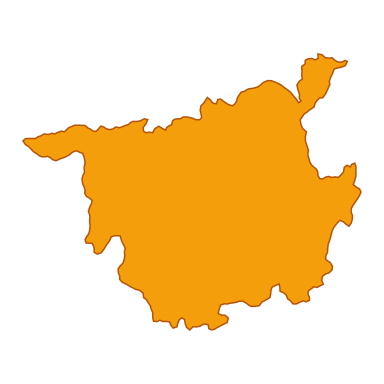 Poté, Minas Gerais, Brazil (Natural Earth projection)
{"feature_id": "56859067B81291889337924", "entity_name": "Poté", "entity_type": "district", "adm_level": 2, "iso_a3": "BRA", "parent_name": "Brazil", "parent_adm1": "Minas Gerais", "projection": "natural_earth1", "projection_center": [-41.769, -17.806], "detail": "fine", "context": "isolated", "style": "filled", "palette": "amber", "viewbox_px": 384, "rotation_deg": 0, "n_neighbors": 0, "source": "geoboundaries", "source_scale": "gbopen_adm2", "svg_char_len": 4544}
<svg xmlns="http://www.w3.org/2000/svg" viewBox="0 0 384 384"><path d="M189.8,330.0L193.0,326.7L196.2,326.9L199.9,326.3L202.4,324.7L205.3,323.9L208.2,324.9L208.8,328.6L211.3,329.9L214.1,329.4L217.3,327.5L220.8,325.7L223.5,324.3L227.1,322.6L228.3,318.1L224.9,315.2L221.7,315.2L218.2,313.5L219.2,308.9L220.8,304.9L224.4,303.8L227.4,304.0L230.4,303.2L233.4,302.8L236.4,302.3L239.6,301.1L242.9,301.2L246.6,303.4L249.1,305.4L251.5,306.4L254.8,306.4L259.2,305.7L261.9,302.0L266.1,299.9L269.9,297.6L270.7,294.0L270.9,290.6L272.0,287.3L275.3,285.5L279.1,284.0L279.9,287.6L280.0,291.2L283.8,292.9L286.3,295.1L287.6,298.9L290.6,300.8L292.9,303.9L296.4,303.9L299.9,302.2L303.3,300.8L305.8,301.8L309.5,300.3L309.4,297.3L307.9,294.1L308.5,290.7L311.2,288.9L313.6,286.8L317.2,287.4L319.9,285.9L323.3,284.4L321.7,280.3L322.5,276.3L325.5,274.0L329.1,272.8L332.1,269.8L332.5,266.4L330.2,262.5L327.4,260.8L325.5,258.9L326.0,255.4L327.5,252.4L327.7,248.6L328.2,243.9L329.6,240.7L330.4,237.8L331.2,234.6L332.1,231.0L333.6,227.9L335.7,224.9L337.7,222.6L339.8,220.2L343.5,221.9L346.3,224.4L349.0,226.3L351.2,223.1L352.2,219.7L352.5,215.8L351.1,211.9L351.4,208.3L353.3,204.8L356.2,200.7L358.4,197.4L359.7,195.0L361.0,192.1L359.6,189.0L356.7,187.4L353.2,184.6L354.7,180.6L355.8,176.5L356.0,173.0L355.8,169.8L356.0,166.7L354.8,163.1L351.7,164.5L350.2,166.9L347.0,165.3L344.3,167.2L343.5,171.9L340.9,175.0L338.5,177.4L335.4,176.9L331.6,177.4L328.5,176.4L325.6,177.1L322.7,179.0L319.8,178.7L318.0,175.6L317.7,171.9L316.5,169.3L314.0,167.2L311.6,165.1L309.8,161.9L308.8,158.2L307.8,154.8L308.4,150.3L307.0,145.9L305.5,141.4L305.3,137.4L306.3,131.7L302.9,128.8L301.0,124.8L300.2,119.8L302.8,116.0L304.5,113.7L307.1,112.1L309.2,110.1L311.6,108.7L314.1,106.9L315.0,103.5L316.9,100.6L319.6,98.0L322.7,97.8L325.8,93.5L328.0,88.6L329.8,84.5L329.4,80.9L330.7,77.2L332.5,73.5L334.3,69.0L338.2,67.8L341.7,67.1L345.3,65.6L347.3,61.5L345.0,60.4L342.0,62.2L337.9,62.0L334.7,60.2L332.1,57.7L329.0,58.2L325.0,57.5L322.0,54.7L317.9,54.0L318.2,58.6L314.9,59.8L312.0,58.5L308.1,58.8L305.3,60.2L305.0,64.1L301.7,66.4L302.0,71.5L301.7,75.4L302.4,78.9L299.4,81.1L296.9,85.0L297.9,89.6L299.5,94.3L299.3,98.2L301.0,101.1L298.6,102.7L296.4,99.3L293.7,96.1L290.8,92.5L287.3,89.6L284.2,87.5L281.3,85.1L277.2,83.0L274.4,81.8L271.4,80.7L267.6,80.6L263.2,82.5L260.4,85.1L257.1,87.2L252.9,88.3L248.9,88.8L246.3,90.0L244.1,91.5L241.3,92.0L239.4,94.6L237.5,97.6L236.6,101.0L235.0,103.8L232.3,105.8L228.3,104.5L223.5,101.3L220.7,99.1L217.8,99.5L216.4,103.8L212.9,103.2L210.3,99.8L207.4,97.5L205.5,100.4L203.7,103.2L201.0,105.7L200.2,110.1L201.0,114.0L201.7,117.4L199.7,119.8L196.1,119.8L192.6,118.2L188.5,117.2L185.8,116.9L182.9,117.1L180.4,118.8L177.4,118.8L174.5,119.3L172.4,121.1L171.8,124.6L168.9,125.9L166.7,127.4L165.6,130.1L162.4,128.5L158.8,126.2L154.9,128.7L152.6,132.7L149.2,132.2L145.8,132.7L143.6,131.3L143.1,127.7L146.1,123.5L147.7,119.6L144.3,118.8L140.2,120.9L136.4,121.5L133.1,121.4L130.7,122.4L128.3,124.6L124.7,125.7L119.8,127.7L115.7,127.0L112.8,129.0L109.7,129.6L106.2,128.8L103.9,127.0L100.8,126.1L98.0,129.4L96.2,131.4L93.1,131.1L90.2,129.1L87.8,127.9L85.0,125.5L78.6,125.2L74.6,125.2L72.1,126.3L68.9,127.6L66.4,129.8L64.4,131.8L61.4,131.1L58.2,132.2L54.5,134.0L52.1,133.2L48.5,134.5L44.0,134.0L40.7,135.9L38.1,136.7L35.5,138.5L32.2,138.5L28.7,138.5L25.4,138.7L23.0,140.9L25.4,144.5L28.7,146.7L31.9,150.0L34.2,152.3L37.0,153.8L39.2,155.7L41.8,156.8L45.1,156.8L47.8,156.4L50.4,157.7L52.4,159.5L55.9,160.8L60.4,158.7L64.1,157.5L66.9,156.1L69.6,154.8L71.5,152.9L74.2,151.4L77.0,150.8L79.4,152.2L82.7,153.4L84.2,157.5L85.1,162.7L84.1,167.7L84.5,172.3L83.1,175.1L82.0,178.7L82.6,183.5L84.1,186.9L85.0,189.8L84.8,193.4L86.6,196.5L89.8,198.3L92.2,200.7L91.3,204.0L89.8,206.8L88.4,211.1L90.0,216.3L89.6,221.2L90.1,225.9L89.6,230.4L88.8,233.7L86.5,236.8L85.1,239.8L86.2,243.1L88.8,243.1L92.2,243.4L94.1,247.5L94.2,252.4L97.3,254.1L101.2,252.8L104.0,249.1L106.6,244.8L109.6,240.8L111.3,236.8L114.7,235.7L117.5,235.8L120.1,235.8L121.7,241.1L123.8,245.3L125.2,248.2L124.4,252.0L124.8,255.4L124.2,259.3L123.0,263.1L120.3,265.8L118.2,268.7L118.2,272.3L119.7,276.1L119.7,279.4L122.3,282.3L126.4,284.2L130.3,286.6L132.7,287.8L135.9,289.5L139.0,290.0L143.1,293.0L143.6,297.6L146.5,299.7L148.2,302.7L150.2,305.4L151.1,308.9L152.7,312.6L152.8,317.8L153.5,321.2L157.3,321.6L159.8,320.2L163.0,321.5L167.1,321.5L169.6,322.0L170.7,324.9L173.1,328.1L176.9,326.9L178.1,322.3L179.5,319.4L181.8,317.9L184.5,319.4L185.3,323.7L186.6,327.4L189.8,330.0Z" fill="#f59e0b" stroke="#b45309" stroke-width="1.5"/></svg>